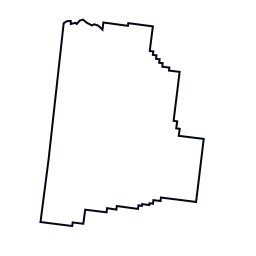 outline of Musselshell, Montana, United States of America, rotated 277°
{"feature_id": "52423323B78609580638287", "entity_name": "Musselshell", "entity_type": "district", "adm_level": 2, "iso_a3": "USA", "parent_name": "United States of America", "parent_adm1": "Montana", "projection": "mercator", "projection_center": [-108.305, 46.444], "detail": "fine", "context": "isolated", "style": "outline", "palette": "ink", "viewbox_px": 256, "rotation_deg": 277, "n_neighbors": 0, "source": "geoboundaries", "source_scale": "gbopen_adm2", "svg_char_len": 807}
<svg xmlns="http://www.w3.org/2000/svg" viewBox="0 0 256 256"><g transform="rotate(277 128 128)"><path d="M88.0,53.0L24.0,52.6L23.9,84.6L27.5,84.6L27.5,95.3L41.7,95.5L41.7,117.0L45.9,117.0L45.6,126.4L49.2,126.4L48.9,147.8L52.5,147.8L52.4,151.3L54.2,151.3L54.1,158.5L55.9,158.5L55.9,162.0L59.5,162.0L59.5,169.2L63.0,169.2L62.9,204.6L126.4,204.5L126.4,179.3L133.5,179.4L133.5,175.9L140.6,176.0L140.7,172.4L190.0,172.4L190.0,161.7L193.0,161.7L193.0,154.6L196.6,154.5L196.5,151.0L200.1,151.0L200.1,147.4L203.6,147.4L203.6,143.8L207.1,143.8L207.1,140.2L231.9,140.3L232.1,115.5L229.4,115.5L229.7,90.7L222.5,90.7L226.0,86.0L226.8,81.9L225.4,79.6L227.4,74.4L230.1,70.1L228.8,67.1L225.0,64.4L226.0,63.1L224.3,58.6L227.3,58.1L226.6,54.5L224.2,51.4L88.0,53.0Z" fill="none" stroke="#020617" stroke-width="2"/></g></svg>